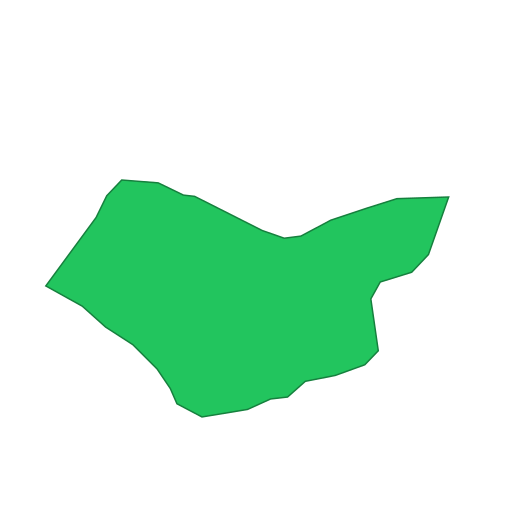 the district of San Bartolomé Milpas Altas, Sacatepéquez, Guatemala, rotated 128°
{"feature_id": "79465075B34478073333157", "entity_name": "San Bartolomé Milpas Altas", "entity_type": "district", "adm_level": 2, "iso_a3": "GTM", "parent_name": "Guatemala", "parent_adm1": "Sacatepéquez", "projection": "orthographic", "projection_center": [-90.687, 14.601], "detail": "fine", "context": "isolated", "style": "filled", "palette": "green", "viewbox_px": 512, "rotation_deg": 128, "n_neighbors": 0, "source": "geoboundaries", "source_scale": "gbopen_adm2", "svg_char_len": 566}
<svg xmlns="http://www.w3.org/2000/svg" viewBox="0 0 512 512"><g transform="rotate(128 256 256)"><path d="M278.8,408.6L300.4,410.7L324.1,405.7L409.0,403.2L402.5,362.0L404.6,330.7L401.7,298.4L405.9,264.4L413.2,241.9L421.1,227.3L416.1,199.5L382.1,168.2L359.7,156.5L347.7,144.3L324.4,140.0L301.3,120.0L274.7,103.3L255.4,101.3L219.1,139.1L200.0,142.1L172.9,123.3L148.7,121.0L90.9,140.5L124.1,180.3L149.6,197.8L181.7,219.1L212.7,232.9L224.6,244.7L232.1,266.8L246.8,341.1L252.7,350.7L258.6,378.1L278.8,408.6Z" fill="#22c55e" stroke="#15803d" stroke-width="1.5"/></g></svg>